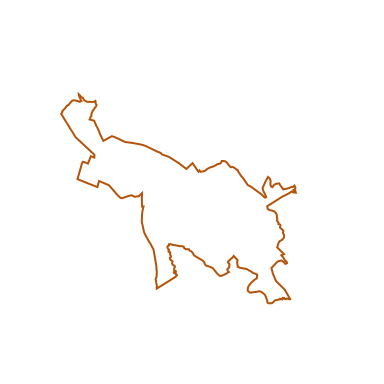 Ixtapangajoya, Chiapas, Mexico (Natural Earth projection), rotated 148°
{"feature_id": "50627088B67018988182398", "entity_name": "Ixtapangajoya", "entity_type": "district", "adm_level": 2, "iso_a3": "MEX", "parent_name": "Mexico", "parent_adm1": "Chiapas", "projection": "natural_earth1", "projection_center": [-92.977, 17.461], "detail": "fine", "context": "isolated", "style": "outline", "palette": "amber", "viewbox_px": 384, "rotation_deg": 148, "n_neighbors": 0, "source": "geoboundaries", "source_scale": "gbopen_adm2", "svg_char_len": 6060}
<svg xmlns="http://www.w3.org/2000/svg" viewBox="0 0 384 384"><g transform="rotate(148 192 192)"><path d="M119.6,164.5L122.3,163.0L125.6,161.0L129.2,158.5L130.3,157.6L130.6,156.1L131.1,154.3L131.2,152.1L131.5,149.5L131.9,148.3L132.7,148.2L133.2,148.9L133.7,150.2L134.3,153.2L136.0,157.3L137.6,161.4L139.4,165.6L141.0,168.3L141.2,172.7L141.4,177.4L141.8,178.8L142.0,185.7L141.7,185.9L141.6,186.4L141.8,186.8L142.5,187.8L143.1,189.7L143.9,191.2L144.8,192.2L146.0,192.4L146.4,193.9L146.7,196.4L146.8,198.6L147.7,200.6L149.2,201.9L150.4,202.5L152.0,201.3L153.6,201.3L155.7,202.1L157.8,202.1L160.3,202.3L163.4,203.2L166.9,203.5L169.7,203.1L170.9,203.3L174.2,204.7L174.2,206.3L175.8,205.8L176.2,216.2L184.5,214.5L188.0,223.6L193.0,234.1L197.7,240.0L197.6,240.9L198.5,242.7L200.2,244.9L200.4,245.2L203.0,249.4L206.6,255.1L208.6,257.7L211.4,260.5L216.7,265.3L222.3,269.9L226.4,276.5L227.0,277.3L228.5,279.6L230.4,281.8L240.1,282.3L239.2,290.9L238.7,292.4L238.3,295.4L238.1,298.8L237.2,304.3L240.3,307.7L239.6,308.0L239.2,308.7L238.7,309.0L238.2,309.4L236.8,310.0L236.4,311.0L235.1,312.1L234.5,312.4L233.5,313.4L232.8,313.5L231.5,314.1L230.9,314.3L230.3,314.6L229.9,314.9L229.3,315.0L228.5,315.2L227.4,315.9L226.8,316.4L226.9,317.4L226.8,318.0L226.3,319.2L225.6,320.1L225.7,320.5L226.5,320.3L227.1,320.4L228.4,320.9L232.4,323.6L233.4,324.4L234.8,326.9L234.8,328.3L234.6,329.1L234.7,329.6L235.1,330.5L235.7,331.3L235.9,333.7L236.2,334.8L236.6,333.9L237.3,331.6L237.1,331.0L237.6,329.1L237.6,328.0L238.2,328.3L238.7,327.9L239.1,327.9L239.4,328.1L239.8,328.4L240.3,329.0L241.0,329.8L240.9,329.9L242.9,331.9L243.5,332.2L245.1,333.0L247.7,332.2L250.6,331.3L250.9,331.2L251.7,331.5L253.4,331.1L254.2,330.6L258.5,329.4L258.8,329.2L259.2,328.9L259.4,329.0L260.0,328.2L261.6,327.6L261.5,324.4L261.6,321.9L261.6,313.3L261.7,310.9L261.6,307.0L261.7,300.2L255.3,276.5L255.3,275.4L255.1,275.1L256.6,273.0L258.8,275.9L265.2,271.2L267.5,274.5L268.5,275.4L270.1,274.6L282.3,263.6L275.7,254.5L269.6,246.3L265.0,250.6L258.9,241.8L258.8,241.6L257.2,231.6L257.3,231.1L255.8,224.8L254.6,223.8L247.2,222.1L244.8,221.1L243.4,218.5L239.3,216.6L235.0,217.5L237.7,213.5L240.0,209.7L242.1,206.1L240.8,205.4L243.2,203.1L246.0,199.8L248.2,196.6L250.4,193.3L253.8,183.7L254.3,180.9L254.7,173.2L254.7,169.7L255.1,163.6L261.7,147.5L262.5,146.3L264.2,142.9L267.0,138.8L269.0,137.5L271.5,131.1L271.9,130.4L272.2,130.2L272.7,129.6L273.1,128.8L261.4,128.7L250.9,128.8L250.3,129.1L249.3,129.1L249.0,129.3L248.9,129.5L248.9,130.7L249.0,131.1L249.9,132.2L250.1,133.1L250.0,133.5L249.8,133.6L248.4,132.9L248.1,132.8L247.8,132.9L247.7,133.4L247.8,133.7L248.5,134.7L248.6,135.3L247.3,136.9L246.7,137.3L246.3,137.4L245.9,138.0L245.9,138.7L247.0,140.7L246.7,142.0L246.0,142.7L245.4,143.2L245.2,143.6L245.7,144.4L246.2,146.8L245.9,147.5L245.5,148.0L245.0,148.2L244.3,148.2L243.9,148.6L243.7,149.6L243.8,150.4L243.7,150.8L243.0,151.6L242.7,151.8L242.4,152.2L242.4,152.5L242.5,152.7L242.7,152.9L242.9,152.9L243.1,153.1L243.4,153.5L243.5,153.9L243.1,154.5L242.1,155.1L242.1,155.7L242.5,156.4L242.2,158.1L242.0,158.6L241.4,158.9L241.2,158.9L240.8,158.7L239.9,158.9L239.3,159.9L237.7,159.0L236.5,157.5L232.5,154.0L231.8,153.2L229.1,151.2L228.0,150.0L228.3,148.9L228.3,148.6L227.9,147.4L227.7,146.8L227.0,146.5L224.9,145.0L225.1,144.2L225.1,143.6L224.4,142.6L224.0,141.9L223.8,141.0L223.7,139.4L223.8,137.3L223.7,136.8L222.3,134.0L221.9,133.4L221.5,132.7L221.1,131.6L219.1,127.9L218.9,126.7L218.8,125.9L219.2,124.9L219.3,123.2L219.0,122.0L218.6,121.5L217.9,120.9L217.2,120.1L215.1,117.1L214.6,115.8L213.9,109.5L213.2,107.0L213.0,106.4L212.1,105.6L210.6,105.1L209.1,104.9L205.9,104.6L203.9,104.7L203.1,104.6L203.5,106.1L203.4,106.7L203.3,107.2L203.0,107.7L202.5,108.0L202.3,108.1L201.6,108.0L200.7,108.3L200.3,108.5L199.8,109.1L199.7,109.5L198.8,110.4L198.5,110.8L198.5,111.3L198.5,112.1L198.8,112.8L198.8,113.2L198.7,113.5L198.5,113.8L198.2,113.9L197.8,114.1L195.9,114.3L195.2,114.6L192.9,114.9L192.3,114.9L190.5,115.7L189.5,109.9L190.8,108.8L192.2,105.7L192.4,104.9L192.9,104.2L192.1,103.2L191.4,102.2L188.9,99.9L186.9,98.2L186.1,97.2L185.2,95.2L183.8,92.9L183.3,91.1L181.9,89.5L180.5,87.4L182.8,84.4L184.4,84.5L186.5,84.3L190.5,83.5L193.9,82.2L195.5,80.9L196.5,79.8L197.0,78.7L197.0,78.1L196.1,75.9L195.3,75.4L193.1,74.6L190.9,73.4L188.0,72.4L187.3,72.0L186.0,70.2L185.3,68.4L184.7,66.2L184.8,64.7L185.7,60.3L186.0,59.6L186.3,59.2L186.5,58.7L186.4,57.7L186.0,57.1L185.4,56.6L183.1,55.3L181.4,55.5L179.0,56.2L178.0,55.7L176.0,55.0L175.5,55.0L175.2,54.7L174.7,54.6L174.0,54.8L173.7,54.4L173.5,53.9L172.8,53.8L172.6,53.3L172.4,53.0L172.0,53.1L171.7,53.2L171.5,53.6L171.3,54.1L170.9,54.1L170.7,53.9L170.5,53.5L170.1,53.4L170.0,53.2L169.9,53.0L169.9,52.7L170.1,52.4L170.0,52.1L169.8,51.8L168.5,51.3L168.0,51.4L167.5,50.9L167.0,50.1L166.3,49.4L165.5,49.2L165.1,59.9L167.9,72.0L166.6,80.5L166.1,81.5L165.0,85.4L157.2,87.5L156.2,87.6L155.2,87.4L153.5,87.0L152.5,86.5L151.4,84.1L151.1,83.0L151.2,82.0L150.5,81.4L149.9,81.3L149.2,81.3L148.8,81.8L148.8,83.1L149.0,83.7L149.4,84.5L149.5,85.2L149.3,87.0L149.4,89.0L149.7,91.0L146.9,90.5L149.1,99.9L148.3,100.6L145.1,103.3L144.4,103.6L143.6,103.8L142.6,103.8L141.0,103.7L139.8,104.0L138.6,104.4L137.6,105.3L137.0,106.3L136.7,107.3L136.6,108.5L136.4,109.4L136.1,109.8L135.5,110.1L135.1,110.7L135.1,111.3L135.7,113.4L136.1,114.5L136.2,115.2L135.5,116.0L135.1,116.3L134.8,116.7L134.6,117.3L134.7,118.0L135.7,119.0L135.3,119.6L134.9,120.3L135.1,121.0L134.9,122.0L135.1,122.6L134.8,123.1L134.5,123.4L134.1,123.7L133.7,124.4L133.3,125.8L132.5,127.0L132.1,128.1L132.0,128.7L132.2,130.6L132.3,131.6L134.0,133.8L135.8,135.6L136.8,137.5L135.7,140.1L117.7,140.2L111.2,139.5L107.2,139.6L106.2,137.8L104.3,136.4L103.8,138.2L105.5,140.4L104.1,139.7L102.7,140.0L101.8,141.3L101.7,143.2L102.8,142.9L103.7,142.7L104.7,143.5L107.2,143.9L110.0,144.6L112.3,145.6L113.2,145.8L113.4,148.3L113.6,151.1L113.4,153.0L114.5,153.6L116.8,154.5L119.1,154.4L121.2,153.5L122.0,154.6L121.5,157.0L120.1,158.8L119.2,160.3L119.0,162.6L119.4,163.8L119.6,164.5Z" fill="none" stroke="#b45309" stroke-width="2"/></g></svg>